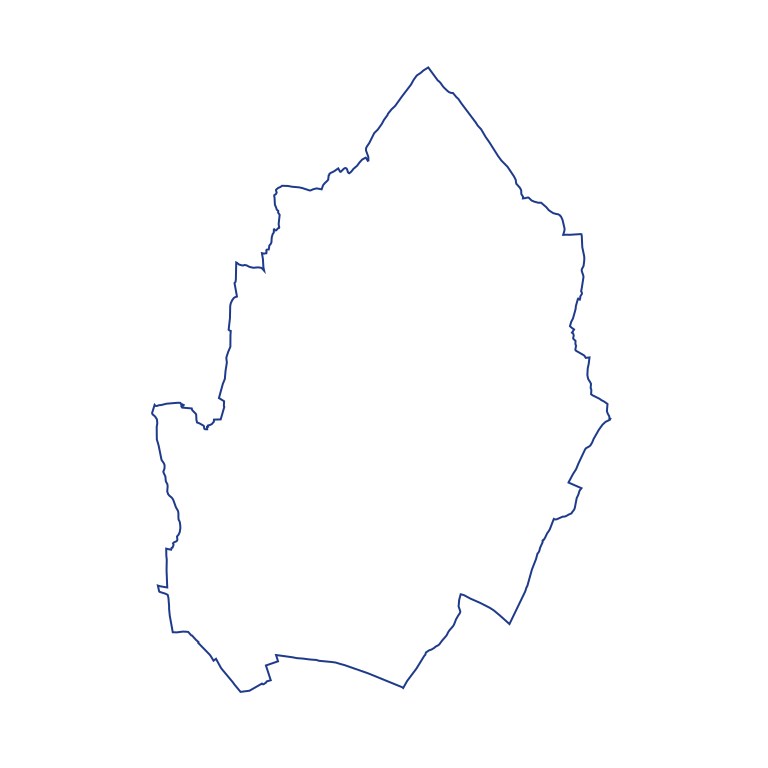 outline of Gornet-Cricov, Prahova, Romania, rotated 275°
{"feature_id": "2599482B42939343868004", "entity_name": "Gornet-Cricov", "entity_type": "district", "adm_level": 2, "iso_a3": "ROU", "parent_name": "Romania", "parent_adm1": "Prahova", "projection": "equal_earth", "projection_center": [26.28, 45.085], "detail": "fine", "context": "isolated", "style": "outline", "palette": "blue", "viewbox_px": 768, "rotation_deg": 275, "n_neighbors": 0, "source": "geoboundaries", "source_scale": "gbopen_adm2", "svg_char_len": 6132}
<svg xmlns="http://www.w3.org/2000/svg" viewBox="0 0 768 768"><g transform="rotate(275 384 384)"><path d="M585.5,504.2L588.2,503.9L589.3,503.6L591.4,502.2L595.1,498.3L598.9,497.4L602.1,495.4L611.2,488.1L616.8,481.5L621.0,477.8L634.5,467.5L638.7,463.9L646.3,458.5L649.4,455.0L652.4,452.7L670.2,436.7L674.5,433.2L676.1,431.1L679.9,427.3L679.8,425.5L680.4,423.4L681.4,421.8L684.7,417.7L686.4,416.1L688.9,414.0L690.3,412.4L691.1,411.1L703.2,400.5L699.8,396.0L697.0,393.3L694.4,390.0L693.3,389.2L689.6,387.0L684.6,384.8L672.0,376.8L662.0,370.9L658.2,367.5L653.4,364.3L652.1,364.0L647.2,361.0L643.2,359.3L637.0,355.7L633.1,352.4L622.7,348.3L619.2,346.3L617.4,345.6L615.1,345.7L608.8,348.6L605.3,349.0L604.9,348.4L607.3,346.7L607.9,346.0L605.7,342.7L602.7,340.4L599.1,338.2L595.6,334.8L592.7,332.9L590.9,331.1L591.0,330.6L591.7,329.7L594.6,328.5L595.5,327.7L595.8,326.9L595.5,326.0L594.9,325.2L591.6,322.4L591.6,321.9L591.9,321.6L594.8,319.6L591.5,315.7L589.5,312.3L588.5,311.3L587.4,311.2L586.9,310.7L582.7,310.6L581.5,309.8L578.8,307.4L576.7,306.0L572.5,304.9L573.0,299.9L571.8,296.4L570.6,294.3L570.3,293.2L572.1,285.4L572.5,282.4L572.5,275.3L572.9,271.1L572.6,265.2L571.3,263.7L570.1,261.5L568.5,259.9L567.9,259.5L567.2,259.6L565.4,260.4L563.6,259.7L562.8,258.4L561.7,258.2L560.2,258.7L553.0,259.7L550.9,260.9L548.3,262.0L547.3,263.5L545.5,263.6L543.4,265.3L534.1,265.1L530.7,266.0L530.3,265.8L530.0,265.0L527.6,263.1L527.6,262.4L528.6,261.1L528.4,260.8L525.3,261.0L523.5,260.0L520.3,259.4L515.2,259.5L513.2,258.7L512.6,258.1L511.8,257.7L508.0,257.5L507.6,255.5L507.2,255.2L506.5,255.1L505.4,255.5L504.0,255.4L503.9,254.5L503.4,253.2L503.7,251.0L497.9,252.5L489.7,253.7L486.4,254.7L488.5,252.5L489.1,251.3L489.2,248.2L488.4,243.7L488.9,240.1L489.2,239.1L490.1,237.1L490.4,235.2L490.4,234.6L489.8,233.5L489.8,232.1L490.4,229.1L491.2,228.0L491.4,227.3L491.9,227.0L492.2,226.2L475.4,227.3L472.9,227.2L471.5,226.3L458.3,229.9L457.3,227.7L456.5,226.8L454.3,225.5L451.0,224.3L448.3,224.0L436.2,224.8L424.5,224.5L423.7,225.8L423.5,226.7L419.1,226.8L407.7,227.7L402.5,226.0L397.4,224.8L395.8,224.7L391.7,225.6L383.4,225.0L375.2,225.0L369.9,223.4L355.6,220.8L352.9,226.2L348.0,226.4L347.3,226.9L334.5,224.4L333.7,217.7L331.6,217.8L328.9,215.8L327.7,213.5L327.4,212.3L327.0,212.1L326.1,212.4L325.9,211.4L323.5,211.8L323.3,209.9L323.8,208.9L326.4,208.2L326.8,207.8L328.7,203.6L329.4,201.1L331.8,200.3L337.4,199.5L338.1,198.9L341.0,195.5L341.7,195.0L342.9,194.6L342.9,185.0L344.1,184.0L344.4,184.0L345.0,184.8L345.1,186.1L345.6,186.3L346.3,184.3L346.3,183.5L347.3,182.9L347.5,182.4L347.2,179.4L345.4,169.0L343.6,163.8L343.3,161.9L342.3,159.5L342.2,158.7L342.6,157.9L343.2,157.3L334.9,155.5L333.9,155.9L333.4,156.3L332.7,157.5L331.3,159.1L329.2,160.7L328.4,161.0L325.0,161.6L321.6,161.3L309.1,162.5L303.2,164.8L289.0,169.0L285.7,171.7L283.9,172.5L280.7,172.7L277.4,171.8L276.2,172.3L272.7,174.3L268.6,175.0L267.2,175.6L265.6,176.8L264.5,177.1L263.0,177.4L258.1,177.4L255.4,178.6L253.9,180.1L252.2,182.6L250.3,184.1L243.0,187.5L239.5,189.9L237.0,190.5L233.4,190.8L231.0,191.2L229.3,192.3L228.2,192.7L225.1,193.4L222.6,193.7L218.6,193.4L216.0,192.5L214.1,191.1L211.0,191.7L210.1,191.6L209.2,190.9L208.1,188.8L206.9,187.7L205.4,188.4L202.6,187.6L202.2,186.7L200.4,186.4L200.7,183.3L201.0,181.4L194.1,182.1L190.0,182.9L179.6,183.6L162.4,185.8L163.0,178.6L163.5,176.3L158.1,178.0L157.4,178.5L156.0,184.7L155.1,186.9L152.1,187.9L143.8,189.3L141.3,189.5L134.4,190.8L118.3,195.2L118.5,199.2L119.8,205.1L120.0,208.9L119.9,210.6L116.8,213.9L116.7,214.7L112.9,218.8L110.7,221.7L109.9,221.5L99.4,233.7L98.0,235.0L93.5,238.3L95.6,240.6L87.3,246.1L86.1,247.1L73.8,259.3L71.5,261.3L64.8,267.9L66.7,276.7L74.9,288.5L74.4,289.0L74.4,290.2L76.2,292.4L77.5,293.1L79.0,297.0L93.3,290.9L98.5,302.6L104.6,300.1L103.8,316.5L103.3,321.2L103.4,327.0L103.1,334.6L103.2,340.7L102.6,343.3L102.5,356.2L102.3,360.2L101.4,364.3L100.5,369.3L94.4,393.3L83.5,428.6L82.8,429.6L90.3,433.0L103.3,441.1L116.5,447.7L118.0,448.8L119.6,449.0L120.3,449.3L122.5,452.0L123.7,454.6L125.4,456.9L127.1,458.6L128.3,460.6L129.4,461.8L133.4,464.2L138.9,468.2L142.4,469.6L144.1,470.5L148.8,473.9L150.4,474.7L155.9,476.3L159.8,478.1L162.0,479.4L163.4,479.8L164.2,479.8L168.9,477.7L175.4,477.7L181.2,478.7L180.8,481.3L180.5,482.4L177.7,488.9L174.3,498.9L170.3,508.8L168.1,513.0L163.6,519.5L155.8,529.9L189.5,542.7L193.8,543.7L195.3,544.4L211.9,547.5L222.9,550.7L228.5,551.7L229.3,552.4L231.0,553.2L234.5,553.8L240.2,555.8L241.9,555.6L242.6,556.3L242.3,556.4L242.8,556.8L244.8,557.8L249.6,559.6L251.7,560.9L253.9,561.9L264.0,564.8L264.4,565.0L264.0,565.5L264.0,566.0L264.2,567.7L267.4,573.5L267.6,575.1L268.1,576.6L270.1,579.5L271.5,582.1L272.0,582.2L275.5,584.4L277.3,584.9L287.1,585.9L290.6,587.2L294.7,588.1L297.4,589.8L301.9,576.4L302.5,576.6L310.7,580.1L315.9,582.8L321.7,584.6L336.3,590.0L337.6,590.8L340.0,594.3L340.9,595.0L343.7,596.4L347.5,597.6L357.1,602.0L362.5,605.2L365.6,608.0L368.0,612.1L369.1,612.5L369.3,611.6L369.7,611.7L371.6,611.1L374.1,609.4L376.4,608.4L383.6,608.4L385.6,605.0L386.9,601.9L388.1,599.9L390.8,593.0L391.8,591.2L395.8,591.1L396.8,590.9L397.7,590.3L398.8,590.2L402.2,590.2L403.7,589.3L406.7,587.0L410.6,585.8L417.4,585.6L422.1,586.2L428.4,586.4L427.6,582.7L429.3,581.5L430.0,580.7L433.9,572.3L434.8,571.6L438.9,572.0L440.4,571.2L443.7,571.0L445.4,568.8L446.2,568.4L448.6,568.8L450.2,568.3L451.1,567.8L451.5,566.8L454.9,568.6L456.5,565.9L457.8,564.2L462.3,565.1L465.6,566.5L473.4,568.0L476.1,568.4L478.0,568.3L485.5,569.7L486.0,570.0L485.2,571.1L485.1,571.7L486.7,572.0L488.3,571.9L490.6,573.1L491.5,573.3L492.6,573.0L493.5,572.3L497.3,572.7L508.0,573.4L509.3,573.1L513.7,571.2L514.9,571.0L515.9,571.2L519.0,572.5L523.8,572.7L526.8,572.6L529.0,572.2L537.6,569.6L548.8,568.1L550.4,567.6L550.4,566.4L548.8,555.8L548.7,553.4L548.2,549.5L552.6,550.4L554.7,550.3L562.9,547.6L566.3,545.7L567.0,544.7L567.5,544.4L568.2,542.8L568.4,540.6L569.0,537.6L570.8,534.2L571.7,532.8L574.2,530.4L578.3,524.7L578.0,522.0L578.8,517.6L579.7,515.0L582.3,511.8L582.2,510.5L581.4,508.3L581.0,506.2L582.6,506.3L584.8,504.5L585.5,504.2Z" fill="none" stroke="#1e3a8a" stroke-width="2"/></g></svg>